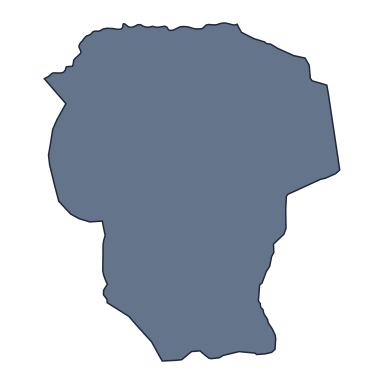 the district of San Pedro Ayampuc, Guatemala
{"feature_id": "79465075B57117467929955", "entity_name": "San Pedro Ayampuc", "entity_type": "district", "adm_level": 2, "iso_a3": "GTM", "parent_name": "Guatemala", "parent_adm1": "", "projection": "orthographic", "projection_center": [-90.451, 14.766], "detail": "fine", "context": "isolated", "style": "filled", "palette": "slate", "viewbox_px": 384, "rotation_deg": 0, "n_neighbors": 0, "source": "geoboundaries", "source_scale": "gbopen_adm2", "svg_char_len": 2316}
<svg xmlns="http://www.w3.org/2000/svg" viewBox="0 0 384 384"><path d="M162.2,361.0L176.5,360.3L181.8,359.7L191.6,351.5L200.2,350.9L202.1,352.8L208.9,358.2L211.1,358.7L219.3,357.8L223.2,355.4L239.1,351.6L254.9,353.1L256.7,354.5L265.1,353.9L271.6,352.4L275.0,349.3L275.7,338.5L275.1,334.8L272.3,329.0L268.1,322.5L267.6,319.6L263.9,313.8L262.9,309.5L260.7,307.3L260.2,303.5L258.4,301.0L259.6,285.0L262.0,283.1L266.2,271.7L269.7,266.3L271.6,256.6L273.8,252.6L273.5,244.1L283.9,234.2L286.0,228.3L285.7,209.2L286.4,196.2L287.7,194.4L320.3,179.4L325.8,178.1L335.8,173.5L339.7,169.9L336.6,148.9L328.4,94.1L326.8,85.1L312.1,80.8L310.3,78.2L309.2,65.3L305.1,58.1L293.7,55.6L278.1,48.6L270.7,44.2L266.3,43.5L264.8,42.0L254.0,38.7L241.4,32.3L238.0,26.1L237.2,24.2L235.1,25.0L232.8,24.9L230.4,24.2L226.9,23.3L224.7,23.0L222.9,23.1L221.2,23.3L218.9,24.0L216.8,24.7L214.5,24.9L212.0,24.8L209.9,24.6L208.5,24.5L206.9,24.8L205.5,25.5L203.7,27.5L201.6,28.8L199.8,28.9L195.8,28.9L193.4,28.5L189.6,27.3L188.0,26.9L186.5,26.7L183.4,26.5L180.8,26.7L178.8,27.4L175.1,29.2L173.1,30.1L171.1,30.4L169.2,30.3L168.0,29.0L167.1,27.4L165.1,26.3L163.4,26.4L161.4,26.8L158.8,27.2L156.2,27.2L154.6,26.9L152.9,26.3L150.1,26.9L148.1,27.3L145.3,26.9L142.7,26.0L141.5,25.1L139.7,24.6L137.6,24.8L134.4,26.4L132.3,27.2L130.9,27.2L129.4,27.2L127.7,26.3L124.9,24.0L123.4,23.8L122.9,25.3L122.9,26.9L121.8,28.6L120.4,29.2L119.1,29.3L117.6,29.3L114.9,28.9L113.6,28.6L110.3,28.4L107.0,28.3L104.3,28.7L102.2,29.5L100.1,30.7L98.2,31.3L96.8,31.2L95.0,31.1L92.9,31.8L91.2,33.8L90.0,34.7L88.7,35.3L86.7,35.9L85.4,37.0L84.0,38.6L82.2,41.1L80.7,42.6L79.9,43.7L79.0,45.6L79.1,47.5L80.8,51.0L80.9,52.8L79.6,54.4L77.2,56.6L74.9,58.7L73.7,60.2L73.1,64.5L72.4,66.2L70.7,66.4L68.5,66.5L66.3,66.9L65.8,68.3L65.3,70.1L63.7,72.1L61.7,72.9L58.8,73.0L54.7,72.9L52.7,73.0L51.5,73.9L50.4,74.9L48.3,76.6L46.9,77.3L44.3,78.7L65.9,103.7L56.9,119.8L52.7,129.5L50.6,142.9L48.5,155.1L49.6,164.7L54.4,184.5L58.8,201.3L70.7,214.1L79.2,218.7L89.7,221.9L102.3,221.1L104.0,229.8L105.2,235.4L103.6,240.9L103.1,244.7L103.0,248.2L103.0,254.8L102.9,261.2L102.8,266.5L102.8,270.5L103.5,274.6L105.4,279.9L107.4,284.3L105.6,287.0L103.6,290.3L103.5,294.8L107.0,299.4L107.2,302.7L128.9,316.4L135.9,324.5L151.6,341.9L158.2,353.8L162.2,361.0Z" fill="#64748b" stroke="#1e293b" stroke-width="1.5"/></svg>